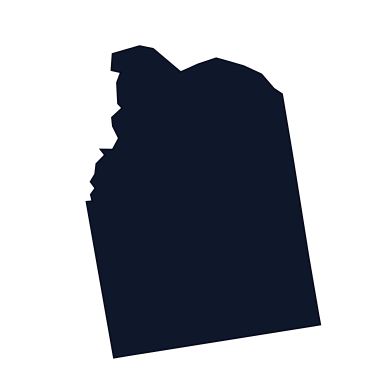 Lawrence, Alabama, United States of America, rotated 350°
{"feature_id": "52423323B9408482102272", "entity_name": "Lawrence", "entity_type": "district", "adm_level": 2, "iso_a3": "USA", "parent_name": "United States of America", "parent_adm1": "Alabama", "projection": "mercator", "projection_center": [-87.362, 34.552], "detail": "fine", "context": "isolated", "style": "filled", "palette": "ink", "viewbox_px": 384, "rotation_deg": 350, "n_neighbors": 0, "source": "geoboundaries", "source_scale": "gbopen_adm2", "svg_char_len": 582}
<svg xmlns="http://www.w3.org/2000/svg" viewBox="0 0 384 384"><g transform="rotate(350 192 192)"><path d="M86.2,341.7L102.0,341.8L295.4,344.9L295.3,336.2L295.6,274.6L297.2,178.8L297.4,159.9L297.8,111.2L290.6,104.4L280.9,88.1L264.6,76.8L239.1,64.4L220.3,67.2L201.7,71.9L178.6,44.2L165.7,39.1L137.7,42.1L133.7,58.1L142.6,61.8L137.0,71.3L134.4,92.1L137.8,97.1L126.0,104.7L125.4,113.4L129.2,126.3L121.2,136.4L109.2,134.1L112.6,140.4L102.6,147.6L99.7,157.5L93.8,164.3L97.4,171.5L91.8,176.9L92.2,183.7L86.3,183.2L86.2,341.7Z" fill="#0f172a" stroke="#020617" stroke-width="1.5"/></g></svg>